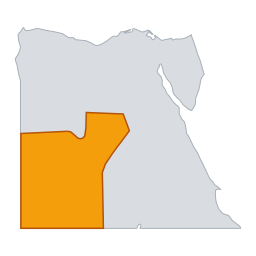 A-Dakhla Oasis, Al Wadi at Jadid, Egypt shown in context
{"feature_id": "37247803B63195966732086", "entity_name": "A-Dakhla Oasis", "entity_type": "district", "adm_level": 2, "iso_a3": "EGY", "parent_name": "Egypt", "parent_adm1": "Al Wadi at Jadid", "projection": "mercator", "projection_center": [27.396, 24.837], "detail": "fine", "context": "in_parent", "style": "filled", "palette": "amber", "viewbox_px": 256, "rotation_deg": 0, "n_neighbors": 0, "source": "geoboundaries", "source_scale": "gbopen_adm2", "svg_char_len": 3361}
<svg xmlns="http://www.w3.org/2000/svg" viewBox="0 0 256 256"><path d="M240.6,228.3L234.6,228.4L228.5,228.4L222.4,228.4L216.3,228.4L210.3,228.4L204.2,228.4L198.1,228.4L192.0,228.4L186.0,228.4L179.9,228.4L173.8,228.4L167.7,228.4L161.7,228.4L155.6,228.4L149.5,228.4L143.4,228.4L140.0,228.4L140.6,226.6L140.9,225.3L140.5,224.5L139.3,224.2L138.6,224.5L136.8,228.2L135.8,228.4L133.7,228.4L126.6,228.4L119.5,228.4L112.4,228.4L105.4,228.4L98.3,228.4L91.2,228.4L84.1,228.4L77.1,228.4L70.0,228.4L62.9,228.4L55.9,228.4L48.8,228.4L41.7,228.4L34.6,228.4L27.6,228.4L20.5,228.4L20.5,223.9L20.5,219.4L20.5,214.9L20.5,210.4L20.5,205.9L20.5,201.3L20.5,196.8L20.5,192.3L20.5,187.7L20.5,183.2L20.5,178.6L20.5,174.0L20.5,169.4L20.5,164.9L20.5,160.3L20.5,155.7L20.5,151.0L20.5,146.4L20.5,141.8L20.5,137.1L20.5,132.5L20.5,127.8L20.5,123.2L20.5,118.5L20.5,113.8L20.5,109.1L20.5,104.4L20.5,99.7L20.5,95.0L20.5,90.2L20.5,85.5L20.5,80.7L20.3,79.8L19.3,76.6L18.4,72.5L17.4,67.4L17.2,65.7L15.5,60.5L15.4,59.0L15.8,57.9L18.6,53.5L19.4,51.3L20.1,48.7L20.4,46.6L19.5,43.4L18.6,40.5L18.3,37.5L18.1,34.6L19.6,32.6L21.3,30.7L21.9,29.5L22.9,28.2L23.6,27.6L25.0,30.2L27.9,30.7L37.4,28.4L47.8,30.7L53.6,31.6L62.5,33.6L67.9,37.2L69.4,37.7L73.2,37.6L75.8,39.7L85.9,40.7L91.3,43.0L94.4,44.9L96.2,45.5L97.9,45.4L100.1,44.7L102.8,43.4L105.9,41.6L112.1,36.9L114.3,36.1L115.8,36.3L117.5,36.2L118.3,35.0L119.2,34.1L119.8,33.1L120.7,31.9L124.0,31.6L130.5,29.5L129.8,30.5L123.8,32.8L126.4,33.1L129.0,32.3L132.0,31.8L132.5,30.8L132.9,29.0L133.5,28.7L135.5,29.1L141.6,31.9L143.2,31.9L147.5,30.4L148.4,30.1L149.8,30.9L153.0,34.4L151.9,34.4L148.5,31.4L148.2,32.9L146.2,35.5L148.6,36.6L150.6,37.0L151.7,38.5L152.3,39.8L154.3,39.2L155.7,37.5L154.9,36.5L154.5,35.5L155.1,35.4L156.4,36.3L160.3,39.6L161.6,40.3L163.1,40.2L166.3,39.3L167.1,39.4L171.4,38.2L171.9,39.1L172.6,40.0L176.0,39.0L181.3,39.0L185.7,37.9L190.7,35.2L191.1,34.8L191.4,35.5L192.0,37.3L193.6,41.9L194.9,45.5L196.6,50.5L197.1,52.4L197.3,53.7L199.7,59.2L201.1,63.7L202.1,67.3L203.6,72.6L204.2,74.4L203.2,75.4L201.1,78.8L198.9,89.7L195.7,98.1L195.4,103.4L194.9,105.3L193.4,108.0L191.6,110.6L188.3,109.2L183.0,104.6L180.0,100.3L176.7,97.4L173.6,93.7L172.7,91.0L172.7,89.3L171.4,85.0L170.4,83.0L166.6,78.5L165.5,76.1L164.6,75.0L163.8,73.5L162.4,67.6L160.9,63.9L159.2,64.9L159.5,66.5L158.0,68.6L157.1,71.2L157.8,73.2L160.9,76.4L161.5,77.7L162.3,80.7L162.1,84.7L162.7,86.1L165.0,89.1L165.8,90.8L166.3,92.4L167.1,93.8L169.4,96.3L172.7,101.3L175.9,104.6L178.1,106.2L179.1,107.8L179.3,111.9L179.1,113.9L181.1,117.5L181.9,119.4L183.8,120.9L184.7,122.7L185.5,125.5L186.7,133.8L188.4,135.8L193.6,146.7L197.9,153.6L200.1,158.7L203.3,164.9L209.6,178.4L213.3,182.6L214.8,184.9L217.6,186.7L220.5,189.3L217.7,189.1L217.0,189.2L216.0,189.7L215.5,191.2L215.3,192.5L215.7,199.3L216.4,202.8L218.9,209.3L220.8,211.3L221.7,212.6L222.9,213.5L228.8,215.7L232.2,220.4L239.9,226.3L240.6,228.0L240.6,228.3Z" fill="#d9dde1" stroke="#a8b0b8" stroke-width="1"/><path d="M123.2,114.0L86.3,112.5L85.9,128.2L84.7,136.0L82.7,138.2L80.6,138.7L78.1,138.3L74.4,135.0L70.6,131.8L67.3,131.3L20.9,133.5L20.9,134.4L20.9,141.4L20.9,146.9L20.9,148.5L20.9,153.7L20.9,160.7L20.9,167.0L20.9,170.8L20.9,176.0L20.9,184.0L20.9,188.5L20.9,228.3L103.4,228.3L102.7,190.9L102.3,172.6L105.4,164.0L112.5,153.4L116.6,147.8L129.4,130.8L123.2,114.0Z" fill="#f59e0b" stroke="#b45309" stroke-width="1.5"/></svg>